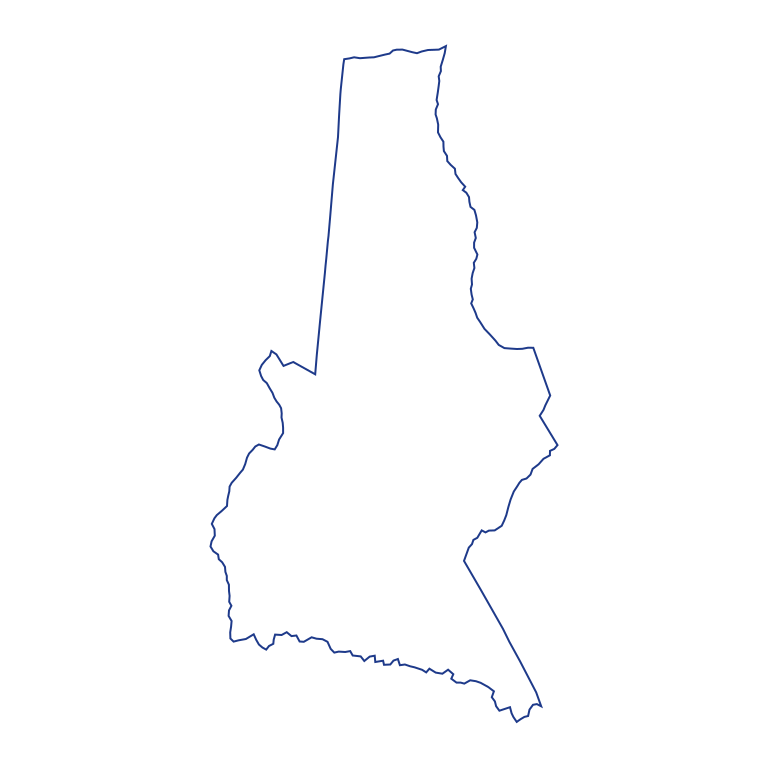 Cruzeiro do Oeste, Paraná, Brazil
{"feature_id": "56859067B81511721840887", "entity_name": "Cruzeiro do Oeste", "entity_type": "district", "adm_level": 2, "iso_a3": "BRA", "parent_name": "Brazil", "parent_adm1": "Paraná", "projection": "mercator", "projection_center": [-53.086, -23.735], "detail": "fine", "context": "isolated", "style": "outline", "palette": "blue", "viewbox_px": 768, "rotation_deg": 0, "n_neighbors": 0, "source": "geoboundaries", "source_scale": "gbopen_adm2", "svg_char_len": 3481}
<svg xmlns="http://www.w3.org/2000/svg" viewBox="0 0 768 768"><path d="M549.9,455.3L550.0,450.9L554.3,448.9L557.5,445.1L539.7,415.8L543.5,409.9L545.3,405.4L550.2,395.5L533.3,347.8L528.1,347.7L522.3,348.8L517.0,349.0L510.9,348.6L504.4,348.1L498.7,344.9L495.5,340.7L489.9,334.5L484.5,328.9L480.0,321.8L477.2,317.7L475.6,313.0L473.7,308.6L471.2,303.4L472.8,299.4L471.6,294.6L470.8,288.8L472.0,284.5L471.6,278.7L472.7,273.0L474.4,268.0L473.8,262.8L476.3,258.8L477.4,254.5L474.1,247.8L474.1,242.6L475.8,238.0L474.6,232.2L476.8,227.9L477.3,222.4L476.0,215.4L474.4,209.9L470.5,206.9L469.4,201.8L469.0,197.1L466.4,192.8L462.8,190.1L465.2,186.7L461.1,182.2L458.2,178.1L455.5,174.0L454.9,168.7L450.7,164.9L447.3,161.1L447.0,155.9L443.9,151.1L443.5,146.7L443.4,141.7L440.5,137.3L438.0,132.4L438.2,124.7L436.9,118.4L435.6,114.5L435.8,109.5L438.0,104.2L436.6,100.0L437.8,92.4L438.7,85.8L439.3,81.0L438.7,76.3L440.9,71.1L440.7,66.7L442.8,59.9L444.7,53.2L445.9,46.1L438.9,49.6L433.8,49.8L428.0,50.0L421.6,51.5L417.0,53.2L412.3,52.2L402.5,49.6L396.6,49.7L393.0,50.5L389.6,53.6L384.9,54.6L378.4,56.2L374.0,57.3L369.3,57.5L360.0,58.2L354.1,57.3L349.5,58.4L344.2,59.2L343.4,64.3L340.8,88.9L340.4,93.6L339.1,115.3L338.0,137.1L333.5,178.6L332.9,184.0L330.1,217.5L328.5,236.0L327.9,241.0L326.3,258.3L325.5,266.1L324.9,273.0L320.1,320.9L318.7,335.4L316.8,354.9L315.2,374.3L293.2,362.0L283.5,365.9L276.4,354.4L271.4,351.0L269.8,356.1L265.6,360.2L261.8,364.9L259.3,370.3L261.1,376.0L263.2,380.0L266.8,383.1L269.7,388.3L272.5,392.9L274.3,397.7L276.6,401.5L279.2,404.7L281.1,408.2L281.7,413.4L281.5,417.5L282.7,422.8L283.1,427.8L283.1,433.1L279.1,439.5L277.3,445.2L274.7,449.4L270.4,448.6L264.8,446.5L258.9,444.5L255.3,446.5L252.7,449.8L249.1,453.5L247.0,457.7L245.2,464.1L242.9,469.6L240.3,472.6L236.1,477.9L231.7,482.8L229.6,486.6L229.3,491.3L228.2,495.9L227.4,499.9L227.0,506.0L222.0,510.7L216.8,515.1L214.4,518.3L211.8,523.9L214.5,529.1L214.8,535.7L211.6,541.3L210.5,546.5L213.4,551.3L218.1,554.6L218.8,559.2L222.2,562.3L225.0,566.9L225.4,571.9L226.8,575.9L226.8,580.1L228.9,584.7L229.0,591.0L229.6,595.9L229.2,601.8L231.4,605.8L229.0,610.4L228.6,615.9L231.6,621.0L231.1,626.5L230.2,632.4L230.4,638.5L233.6,641.6L238.7,640.3L245.9,639.0L253.7,634.3L256.2,639.8L258.9,644.5L262.4,647.5L266.2,649.6L269.0,646.0L273.3,643.8L273.7,639.7L275.1,634.6L281.6,635.0L286.7,632.2L291.5,636.1L296.4,635.5L299.6,641.5L303.8,641.8L311.6,637.3L316.5,638.7L322.5,639.2L327.5,641.8L330.7,648.9L334.3,652.6L338.7,651.6L345.2,652.0L350.2,651.1L352.7,655.5L360.7,656.4L364.3,661.0L369.7,656.6L374.7,655.7L375.3,662.0L383.1,660.7L384.0,664.8L390.3,664.5L393.5,660.6L397.9,659.0L399.9,665.2L404.9,664.5L410.2,666.3L414.5,667.3L422.1,669.8L426.2,672.4L429.4,668.7L435.7,672.6L442.4,673.7L448.1,669.7L453.3,674.2L451.3,678.7L456.5,682.6L460.6,682.6L464.3,683.6L470.2,680.3L475.9,681.2L480.6,682.8L488.2,687.0L493.9,691.3L491.8,697.2L494.9,701.4L496.1,706.2L499.4,710.7L510.0,707.2L511.6,713.3L513.4,717.0L516.7,721.9L520.7,719.1L524.4,716.9L528.1,716.0L529.5,709.6L533.0,704.8L536.9,704.1L541.2,706.3L536.2,692.4L520.0,661.2L509.4,641.9L503.0,628.9L487.5,601.6L480.9,590.0L464.0,560.9L466.2,554.8L468.8,547.6L472.0,544.1L473.4,539.9L477.3,537.8L481.7,530.4L485.5,532.4L488.9,530.6L494.7,530.4L501.7,525.8L504.2,520.5L506.3,515.1L508.4,506.9L510.6,499.5L513.8,491.5L517.1,486.5L519.4,482.8L521.9,479.9L526.5,478.5L530.5,474.6L532.6,468.9L538.6,464.3L543.5,458.8L549.9,455.3Z" fill="none" stroke="#1e3a8a" stroke-width="2"/></svg>